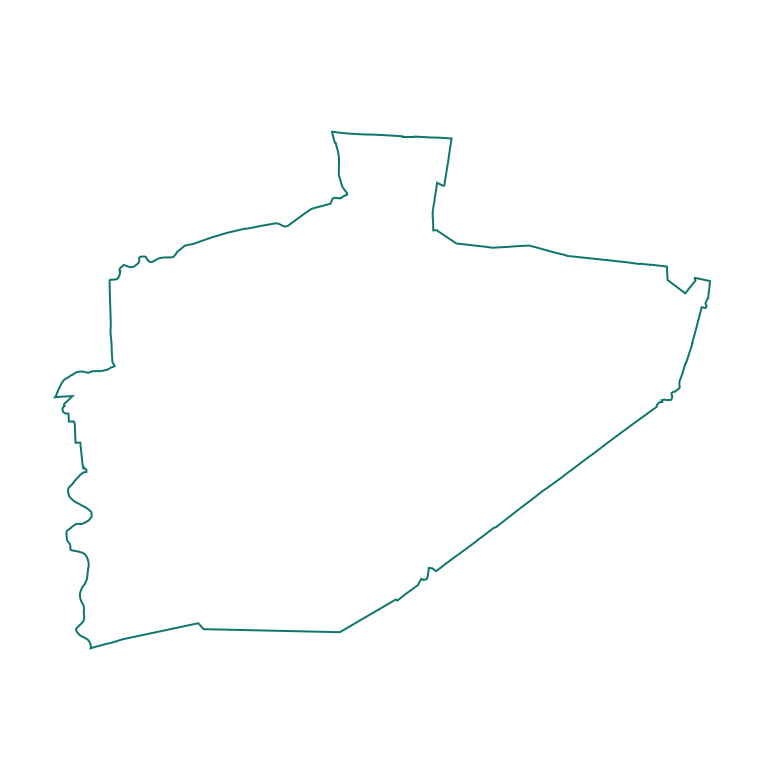 Guadalupe, Nuevo León, Mexico (Mercator projection), rotated 358°
{"feature_id": "50627088B2600524560813", "entity_name": "Guadalupe", "entity_type": "district", "adm_level": 2, "iso_a3": "MEX", "parent_name": "Mexico", "parent_adm1": "Nuevo León", "projection": "mercator", "projection_center": [-100.227, 25.677], "detail": "fine", "context": "isolated", "style": "outline", "palette": "teal", "viewbox_px": 768, "rotation_deg": 358, "n_neighbors": 0, "source": "geoboundaries", "source_scale": "gbopen_adm2", "svg_char_len": 5954}
<svg xmlns="http://www.w3.org/2000/svg" viewBox="0 0 768 768"><g transform="rotate(358 384 384)"><path d="M113.3,271.2L113.3,275.5L113.2,280.4L113.2,282.2L113.1,289.0L113.1,309.2L113.0,315.6L112.5,322.1L112.5,324.2L113.1,333.9L113.1,343.6L113.3,351.8L113.6,353.2L115.5,356.6L115.3,356.9L113.0,357.7L112.4,357.8L111.3,358.2L110.8,358.5L109.6,359.4L109.0,359.7L106.0,360.4L103.6,360.9L100.5,361.2L99.3,361.2L95.2,361.0L93.6,361.1L91.9,361.4L90.6,361.8L89.5,362.3L88.7,362.5L87.9,362.3L86.9,362.0L85.9,361.8L85.3,361.5L83.4,361.1L82.5,361.0L80.9,361.0L78.6,361.2L75.6,362.2L75.0,362.5L74.1,363.3L72.8,364.0L72.1,364.2L70.7,364.9L68.6,366.4L66.3,367.5L65.2,368.1L63.8,369.3L61.0,373.4L58.1,378.9L56.5,382.9L55.6,384.6L54.7,385.7L62.1,385.4L72.2,385.2L68.0,389.1L64.0,392.5L63.3,393.4L64.1,394.9L62.9,395.6L62.1,396.6L61.8,397.5L61.8,398.6L62.2,399.9L62.7,401.0L63.8,402.0L64.9,402.5L67.6,402.5L67.8,410.6L72.6,410.5L73.5,412.7L73.6,413.5L73.6,414.1L73.6,420.7L73.7,432.0L78.4,431.9L79.9,453.6L80.2,456.1L81.4,457.1L80.6,457.6L83.6,459.3L83.5,460.6L83.4,461.6L82.2,461.7L80.4,462.0L79.9,462.4L78.8,463.0L77.3,464.1L76.1,465.6L74.3,467.2L70.4,471.2L70.1,471.8L70.1,472.4L69.5,472.7L67.7,474.4L65.8,476.0L64.9,477.6L64.6,478.8L64.5,480.7L64.9,482.5L65.1,484.4L65.6,485.5L66.0,486.0L69.1,489.3L70.0,490.1L72.5,491.8L74.8,493.0L75.8,493.7L76.3,493.9L77.3,494.7L78.4,495.3L79.5,495.8L81.2,496.7L82.1,497.5L83.2,498.1L86.8,501.5L87.1,502.0L87.2,503.2L87.2,505.7L87.1,506.3L86.9,506.9L86.6,507.4L85.7,508.2L85.3,508.8L84.0,510.1L81.3,511.6L79.6,512.3L77.6,513.2L76.1,513.3L74.9,513.1L71.8,513.1L71.1,513.2L70.1,513.9L69.1,514.6L67.5,515.6L65.1,517.6L64.2,518.1L63.2,518.9L62.7,519.2L62.2,519.6L61.6,520.7L61.4,522.5L61.4,524.4L61.7,528.1L62.0,529.3L62.9,531.0L64.2,532.4L64.4,533.0L64.5,533.6L64.7,534.1L64.9,535.3L64.9,536.0L64.7,537.2L64.9,538.5L65.3,538.9L66.1,539.3L71.3,540.5L72.5,540.7L75.3,541.7L76.0,541.8L76.6,542.0L78.2,543.0L79.2,543.8L79.8,544.7L80.1,545.3L80.4,545.9L81.1,546.8L81.3,547.4L81.7,548.5L82.0,549.8L82.3,551.0L82.5,552.8L82.6,555.3L82.5,555.9L82.1,557.1L81.9,557.7L81.8,558.9L81.4,560.8L81.3,562.6L81.1,563.2L80.6,566.9L80.0,569.3L79.2,571.1L78.9,571.6L78.1,573.3L75.8,576.1L74.8,577.7L74.0,579.4L73.6,580.5L73.1,581.7L72.9,582.7L72.7,585.3L72.9,587.2L73.5,589.6L74.2,591.4L75.1,593.0L75.9,594.6L76.1,595.9L76.3,597.3L76.3,598.9L76.0,601.4L76.1,604.5L76.2,605.1L76.3,605.7L76.2,606.9L76.2,607.6L76.1,608.2L75.2,610.5L74.5,611.5L73.3,612.9L71.3,614.4L69.6,616.1L69.0,616.5L68.2,617.4L67.8,617.9L67.7,618.6L67.8,619.3L68.2,620.6L68.8,621.6L70.4,623.4L71.7,624.8L72.6,625.4L75.6,626.9L77.2,627.9L79.2,629.3L79.5,629.8L80.6,631.4L81.7,634.3L81.9,636.1L81.8,637.4L81.6,637.9L86.3,636.6L91.6,635.4L96.6,634.2L96.8,634.2L100.6,633.5L103.7,632.8L108.2,631.6L114.0,630.0L190.1,616.6L195.1,622.7L331.2,630.5L388.3,599.8L389.8,600.9L397.1,595.5L410.7,586.3L414.5,580.0L416.5,581.2L419.8,580.5L419.9,580.3L420.7,578.9L421.2,576.7L422.0,571.9L422.4,569.3L425.7,569.9L427.5,571.2L429.5,572.9L435.0,569.0L437.8,566.9L441.5,564.5L446.7,560.8L448.3,559.7L452.9,556.7L471.2,544.1L472.4,543.2L472.5,542.9L478.0,539.2L489.0,531.4L490.7,531.2L513.9,514.3L530.2,502.8L538.5,496.7L544.0,493.2L555.7,485.4L562.1,480.8L575.6,471.4L580.7,467.7L581.0,467.7L585.1,464.7L590.1,461.4L605.3,450.6L632.5,431.9L655.8,416.3L655.9,414.6L658.4,411.9L661.4,411.7L660.9,409.9L662.1,409.7L664.2,409.4L665.0,409.8L666.6,410.0L670.2,409.9L670.9,409.0L671.7,406.8L671.0,404.3L671.1,403.1L672.6,402.0L673.2,401.8L674.9,401.8L675.4,401.0L677.7,399.6L679.4,398.0L679.2,394.6L679.3,392.8L679.6,391.1L680.4,389.4L682.6,383.9L683.1,382.8L682.9,382.7L686.4,373.0L686.8,373.1L693.8,353.8L693.4,353.7L696.2,345.1L704.2,318.3L707.6,319.2L708.3,319.0L708.6,318.5L709.1,317.3L708.1,314.6L708.3,314.1L710.0,310.6L711.0,309.3L712.2,300.7L712.4,300.0L712.9,296.9L713.3,292.5L698.5,288.8L698.1,289.4L698.9,291.5L688.2,303.9L671.0,289.9L670.8,276.5L657.7,274.5L655.5,274.0L653.9,274.5L653.5,274.0L647.1,273.2L645.8,272.8L642.9,272.9L628.4,270.4L621.4,269.5L612.2,268.1L606.3,267.3L577.5,263.2L572.1,262.5L568.0,261.0L563.8,259.9L556.6,257.8L541.0,252.8L533.8,250.7L527.0,250.8L518.1,251.0L512.5,251.3L496.7,251.6L492.3,250.7L461.3,246.1L459.9,245.2L457.2,243.2L443.2,233.1L442.9,232.6L442.0,232.2L438.6,232.2L438.7,222.2L438.7,221.1L438.5,220.6L438.6,215.3L438.5,215.0L439.7,207.8L440.2,205.7L444.1,184.8L450.0,187.9L450.7,188.0L451.2,187.6L451.7,185.0L454.0,173.0L456.1,162.9L456.4,160.7L460.1,141.0L451.5,140.1L446.9,139.7L439.7,139.3L425.6,138.0L423.8,137.8L422.9,137.8L422.7,138.2L413.0,137.9L411.0,137.7L411.1,137.1L399.3,135.9L381.9,134.4L372.9,133.9L366.9,133.4L360.0,132.7L358.2,132.6L353.0,131.9L349.6,131.5L344.5,130.6L340.9,130.1L340.9,130.6L341.0,131.5L343.3,141.2L344.2,141.5L345.0,145.4L346.1,149.9L346.5,152.4L346.9,156.0L346.8,160.9L346.1,173.0L347.3,178.0L349.1,185.0L349.6,186.0L350.9,188.0L353.8,192.0L353.6,193.7L352.2,194.1L350.1,195.0L349.2,195.4L347.7,196.6L346.5,196.9L341.1,196.2L339.8,196.5L338.8,197.5L337.9,199.7L337.6,200.7L337.3,201.2L336.5,202.0L329.0,203.8L320.4,205.7L317.1,206.7L308.8,212.1L293.2,222.7L292.4,223.0L290.4,223.1L289.4,222.9L284.3,220.2L283.7,220.0L282.8,219.8L280.7,219.7L266.0,221.8L256.3,223.4L252.2,223.9L249.8,224.0L231.8,227.6L217.3,231.4L197.4,237.6L193.8,238.0L189.8,238.8L187.1,240.9L182.1,244.6L181.3,245.5L180.1,247.5L178.8,248.7L178.0,249.5L177.2,249.9L175.7,250.0L167.6,249.9L163.9,250.5L162.6,250.8L157.5,253.5L157.0,253.7L156.4,253.9L155.5,254.0L154.2,253.7L153.3,253.1L152.5,252.3L152.0,251.6L150.3,248.7L148.9,248.2L145.0,248.3L144.3,248.7L143.9,249.2L143.7,249.7L143.6,252.9L143.3,253.8L142.6,254.7L141.8,255.4L138.8,257.5L137.4,258.2L136.1,258.3L134.0,258.3L131.0,257.1L129.2,256.3L128.5,256.1L127.9,256.1L124.5,258.9L123.9,259.6L123.8,260.1L123.7,261.9L124.3,261.9L123.8,265.2L122.9,267.0L122.3,268.3L121.6,269.1L120.8,269.7L119.4,270.2L117.9,270.2L113.8,270.4L113.3,271.2Z" fill="none" stroke="#0f766e" stroke-width="2"/></g></svg>